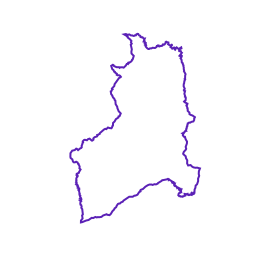 Tha Wang Pha, Nan, Thailand (Natural Earth projection), rotated 246°
{"feature_id": "78962969B57935377717299", "entity_name": "Tha Wang Pha", "entity_type": "district", "adm_level": 2, "iso_a3": "THA", "parent_name": "Thailand", "parent_adm1": "Nan", "projection": "natural_earth1", "projection_center": [100.731, 19.144], "detail": "fine", "context": "isolated", "style": "outline", "palette": "violet", "viewbox_px": 256, "rotation_deg": 246, "n_neighbors": 0, "source": "geoboundaries", "source_scale": "gbopen_adm2", "svg_char_len": 5844}
<svg xmlns="http://www.w3.org/2000/svg" viewBox="0 0 256 256"><g transform="rotate(246 128 128)"><path d="M128.4,65.2L125.0,63.6L123.9,63.4L122.0,64.4L119.9,64.1L118.8,64.4L118.2,65.5L118.3,66.9L117.0,67.9L115.9,67.8L115.4,68.2L114.9,67.9L114.0,68.2L112.3,68.1L110.9,67.2L109.4,67.8L107.6,65.2L107.1,65.0L107.0,62.5L106.2,62.0L106.0,62.6L104.7,62.6L104.5,61.8L104.0,61.8L103.6,60.9L102.4,59.9L101.3,59.8L100.7,59.0L99.3,59.0L99.0,58.2L97.6,58.5L97.4,57.9L96.8,58.5L96.3,58.3L95.9,58.7L95.3,58.1L94.6,58.5L93.9,57.7L92.7,58.9L92.2,58.7L92.4,58.4L91.7,58.2L92.0,57.7L91.5,57.4L90.8,57.7L88.6,57.3L87.6,56.8L87.4,57.1L86.2,56.5L85.6,56.9L84.9,56.3L83.7,56.5L83.3,55.7L82.6,56.5L81.9,56.5L81.0,55.7L81.6,55.0L81.6,54.6L80.2,55.3L80.0,54.6L78.2,53.6L77.2,53.4L76.6,53.9L75.1,53.7L74.1,52.9L72.5,53.2L67.4,51.6L66.8,50.5L63.8,49.7L62.6,47.4L60.9,46.6L60.6,48.1L60.5,52.2L60.0,54.5L60.7,58.3L59.9,59.6L60.0,62.0L59.0,63.1L58.9,64.1L58.2,65.4L57.6,67.6L58.2,69.7L57.9,73.4L57.2,73.7L55.9,75.7L56.5,77.4L58.3,79.9L59.2,82.2L60.0,83.0L60.5,85.0L61.6,86.1L62.7,87.9L62.7,88.8L62.3,89.8L62.9,91.5L62.8,93.2L63.5,94.3L64.7,101.1L63.3,104.4L63.6,106.3L63.2,107.4L63.2,109.5L64.9,112.1L65.0,113.6L65.7,113.6L66.3,114.4L66.2,116.9L67.3,120.0L67.7,122.8L67.6,124.7L66.8,126.5L66.0,127.3L65.9,129.3L65.1,130.6L65.1,132.5L65.5,133.0L66.0,137.0L66.4,138.1L66.2,138.5L65.3,142.5L65.3,143.7L65.0,143.8L64.8,144.3L64.1,144.1L64.2,144.5L61.5,146.4L61.1,146.3L60.4,147.2L59.8,146.8L59.7,148.5L59.6,147.3L59.3,147.7L58.5,147.4L58.2,148.2L57.3,147.3L56.6,147.6L56.9,147.2L56.6,146.9L55.8,147.3L55.5,148.0L54.6,148.5L53.1,148.5L53.3,149.4L52.3,150.2L51.3,149.7L51.3,150.5L50.6,150.3L50.6,150.9L50.0,150.5L49.9,151.5L49.2,150.8L47.7,150.5L47.9,150.1L47.6,149.2L47.9,148.7L47.4,147.6L46.1,146.6L44.8,147.1L44.6,147.9L43.8,148.4L43.8,148.8L43.0,149.9L43.3,150.5L43.0,151.0L43.1,152.2L43.0,152.6L44.3,152.8L44.1,153.1L44.5,153.2L44.1,153.7L44.1,154.2L43.4,154.6L43.5,155.5L43.1,155.4L42.7,156.0L42.4,155.8L41.9,156.3L41.8,156.9L42.2,156.9L41.6,158.2L40.9,159.0L41.3,159.4L42.7,159.4L42.9,159.7L41.1,160.6L41.1,161.4L42.2,161.7L41.9,162.4L44.7,163.8L45.9,165.2L47.9,166.4L48.5,168.2L51.0,170.5L53.2,171.4L55.4,173.6L57.2,173.9L59.7,175.2L61.8,177.3L63.7,175.0L64.2,173.5L65.4,171.8L66.6,170.9L68.7,170.1L69.3,167.7L71.6,167.6L74.4,169.0L76.8,168.7L78.7,169.2L81.6,167.9L82.2,168.0L83.5,169.3L84.7,172.0L85.3,172.7L87.3,173.0L89.9,175.5L91.6,176.4L94.2,176.1L95.7,176.3L96.4,176.0L96.8,176.3L97.1,175.7L98.9,175.1L99.9,175.9L100.8,175.5L100.6,176.7L101.2,176.8L101.2,178.0L102.0,179.1L101.7,180.0L102.4,180.0L103.3,181.0L103.9,181.1L104.2,181.8L105.1,182.1L105.7,183.1L106.5,183.2L107.0,184.0L107.9,184.4L108.1,186.1L107.6,186.8L107.8,188.5L107.4,190.4L108.5,191.8L109.6,192.2L110.6,193.5L111.0,193.5L111.6,192.9L113.1,192.1L114.6,190.5L115.7,189.8L117.1,190.4L119.4,189.5L120.9,190.2L121.6,190.1L121.9,190.5L124.7,190.5L125.0,191.4L125.8,192.0L126.0,191.4L126.7,191.7L128.6,190.2L129.4,190.0L129.9,191.9L131.9,193.0L132.6,193.2L133.4,192.7L134.0,193.2L136.3,193.4L138.5,195.1L138.9,194.5L139.9,194.4L140.7,195.8L143.5,195.8L145.5,196.8L145.8,197.3L148.0,198.6L148.2,199.1L148.9,199.4L149.1,199.9L149.6,199.8L149.6,200.1L152.6,201.5L153.8,202.5L157.2,202.2L157.8,202.7L159.3,202.9L160.4,203.5L161.8,203.7L162.7,204.2L163.5,203.9L164.9,204.4L165.9,203.8L168.7,204.7L170.3,204.3L170.8,204.9L170.8,205.4L171.9,206.5L172.6,206.2L172.4,204.9L173.0,204.4L174.8,207.8L175.6,207.4L176.7,207.5L177.3,206.1L177.7,206.0L179.0,207.6L179.0,209.2L180.0,209.4L179.8,207.8L179.1,206.6L181.9,205.2L181.6,204.2L180.5,203.3L180.3,202.9L181.0,202.6L182.1,203.2L182.6,203.1L182.8,202.5L182.5,200.7L183.2,200.6L184.6,199.8L185.8,201.9L186.2,201.9L186.4,201.6L186.0,200.7L186.5,199.8L188.2,198.7L188.8,199.4L189.7,199.7L190.4,198.7L191.3,198.0L191.1,197.2L190.2,196.8L189.4,195.2L190.2,194.0L190.0,193.5L189.4,193.3L189.2,192.3L189.7,191.2L189.7,189.9L190.2,189.3L191.0,189.5L191.3,188.8L191.0,188.4L191.2,187.7L190.4,187.0L190.1,185.2L191.3,183.1L191.2,181.8L191.8,180.5L191.6,179.5L191.9,178.7L193.0,178.0L195.2,177.3L195.8,177.4L196.1,178.0L197.0,177.4L197.4,178.4L197.9,178.3L198.4,178.7L198.9,177.8L200.2,178.5L200.7,177.5L202.9,179.7L203.2,178.7L205.0,178.2L205.3,177.2L206.0,176.5L206.4,176.8L207.4,176.6L207.8,176.0L209.1,175.5L209.7,175.6L210.2,174.9L210.1,173.6L209.5,173.0L209.9,172.1L209.6,171.6L209.9,170.4L210.9,169.5L211.3,168.4L212.9,167.3L213.4,165.4L214.7,164.3L215.1,162.5L212.9,164.1L212.1,164.3L211.6,164.9L210.7,164.6L207.6,166.2L206.8,166.1L206.1,166.5L204.9,165.5L203.5,165.7L203.0,164.4L198.3,163.5L196.3,162.1L194.6,161.5L191.5,162.6L188.7,160.1L188.7,159.5L188.0,159.0L187.5,157.9L187.2,156.7L187.5,155.7L187.0,155.2L187.4,154.6L186.7,154.1L187.0,153.9L186.8,153.4L187.0,152.9L185.9,151.4L184.9,148.6L185.8,147.5L186.6,145.5L186.4,144.8L187.2,144.5L188.2,142.3L190.3,140.4L191.2,140.4L191.9,139.9L191.6,137.9L188.1,137.6L186.8,138.3L185.0,138.3L184.6,138.9L183.8,138.8L182.1,139.9L181.2,139.3L180.5,139.8L179.8,141.3L178.9,142.0L177.6,142.3L177.4,141.8L177.3,140.1L173.5,133.6L171.9,132.5L170.6,129.4L169.6,129.6L169.4,128.8L168.4,127.8L168.4,127.1L165.7,126.4L164.0,126.9L163.4,126.7L161.7,126.8L160.5,127.4L159.0,127.2L158.2,127.6L154.8,126.4L151.8,126.8L150.6,126.4L147.1,126.3L144.3,127.3L142.3,125.2L142.4,124.0L141.5,123.5L141.0,120.5L139.4,118.4L138.7,116.4L136.3,115.2L136.2,114.6L134.9,113.5L134.5,112.7L135.6,110.9L136.6,109.9L135.8,107.7L136.5,106.9L136.4,105.5L134.8,100.3L134.0,99.6L134.2,98.4L133.8,97.7L134.1,97.0L133.2,96.7L132.9,96.2L133.2,93.7L132.6,92.1L131.4,91.7L131.0,90.3L131.2,89.8L133.9,88.6L134.1,87.0L133.5,85.5L134.8,83.8L134.9,82.9L134.2,81.2L133.0,81.1L132.7,80.2L131.8,79.7L130.5,78.3L129.3,78.0L128.8,77.2L128.8,75.9L128.1,73.4L129.8,72.8L130.2,72.3L129.5,70.4L130.0,67.8L128.4,65.2Z" fill="none" stroke="#5b21b6" stroke-width="2"/></g></svg>